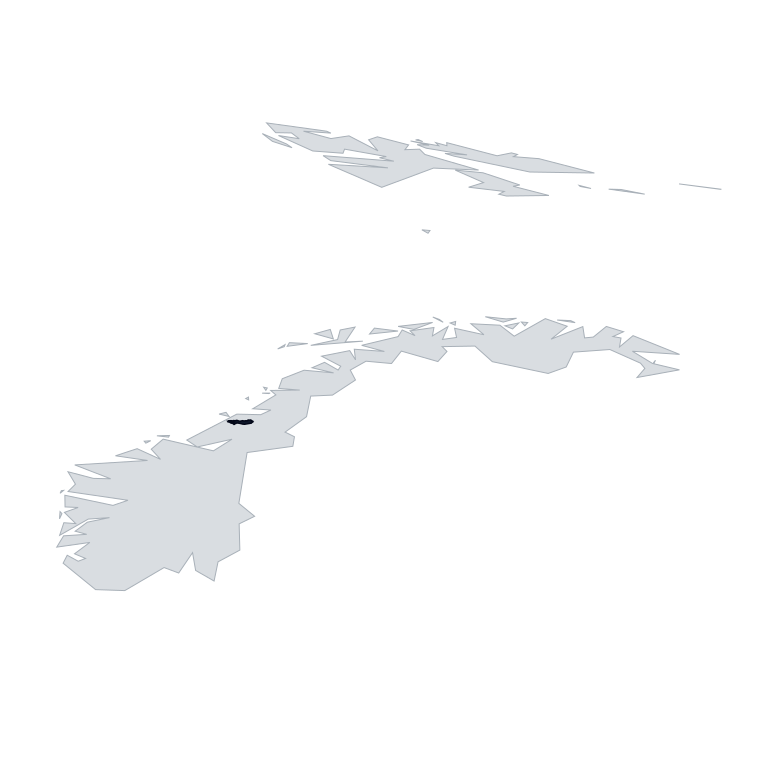 location of Fosnes nor, Nord-Trøndelag, Norway, rotated 9°
{"feature_id": "86288312B47983318016023", "entity_name": "Fosnes nor", "entity_type": "district", "adm_level": 2, "iso_a3": "NOR", "parent_name": "Norway", "parent_adm1": "Nord-Trøndelag", "projection": "equal_earth", "projection_center": [11.532, 64.704], "detail": "fine", "context": "in_parent", "style": "filled", "palette": "ink", "viewbox_px": 768, "rotation_deg": 9, "n_neighbors": 0, "source": "geoboundaries", "source_scale": "gbopen_adm2", "svg_char_len": 6818}
<svg xmlns="http://www.w3.org/2000/svg" viewBox="0 0 768 768"><g transform="rotate(9 384 384)"><path d="M467.9,332.3L435.6,338.0L441.1,342.0L433.7,353.4L396.0,348.8L388.2,362.6L362.7,364.3L348.5,375.5L355.2,384.5L334.9,403.0L313.5,407.4L312.6,428.4L293.8,447.0L303.8,450.1L303.7,459.8L259.5,473.1L259.3,524.6L276.9,534.9L262.8,544.8L267.6,570.6L247.9,585.6L247.0,605.2L227.1,597.6L221.3,580.5L210.8,602.8L195.5,599.7L160.3,628.6L131.3,632.2L95.1,611.2L97.9,602.7L109.7,606.9L116.5,603.0L104.9,600.1L118.2,586.5L86.3,596.3L91.3,584.1L113.9,579.0L102.0,577.7L112.6,566.9L133.8,558.9L113.0,563.7L87.3,584.2L89.5,571.1L101.4,570.1L88.4,560.8L101.2,553.8L88.2,555.3L86.2,543.8L135.3,546.3L149.3,538.9L88.8,539.6L94.9,531.2L85.6,520.1L111.6,522.7L128.9,520.4L91.2,512.3L162.4,496.5L130.0,496.9L150.3,486.5L175.1,493.4L164.3,484.8L174.5,473.0L226.0,476.7L242.5,462.3L209.4,475.4L198.0,470.2L243.3,436.8L267.0,433.6L276.4,427.4L258.2,429.0L278.9,411.7L273.1,408.1L301.7,403.2L280.7,404.8L282.7,394.7L302.9,382.9L332.5,380.9L310.4,379.2L321.9,371.9L336.5,377.4L338.5,373.2L318.0,366.3L344.9,356.4L352.1,364.6L349.2,354.3L379.3,351.8L355.9,349.3L390.5,335.0L393.5,327.8L407.1,331.4L401.4,327.4L424.5,320.4L424.3,328.9L438.3,317.2L434.8,330.8L448.4,326.7L445.0,317.9L475.0,319.7L460.4,310.9L489.3,307.8L505.1,316.4L533.1,294.2L555.9,298.3L542.0,313.6L571.4,296.2L574.9,307.1L583.4,304.9L594.6,292.4L612.4,294.9L602.7,301.3L610.9,301.5L610.8,310.6L622.4,297.3L671.3,308.5L624.2,312.8L646.0,321.7L673.6,323.8L632.9,338.0L639.2,327.8L634.1,323.3L601.7,314.6L566.1,322.9L561.3,338.7L544.5,347.9L487.5,345.0L467.9,332.3ZM338.8,140.9L370.9,144.0L368.0,149.3L382.4,146.5L388.5,150.9L444.0,157.9L399.1,163.0L351.0,190.1L294.7,175.7L354.1,169.9L296.5,171.7L288.1,168.0L358.9,162.4L344.1,161.2L350.7,159.0L308.3,158.2L307.4,162.5L277.2,165.0L240.9,155.1L261.9,155.0L253.3,150.5L237.7,152.7L227.2,144.5L287.7,143.3L292.3,144.5L264.9,146.9L293.2,149.9L310.6,144.4L341.6,154.7L330.6,145.2L338.8,140.9ZM408.2,135.8L460.0,140.9L473.7,135.8L479.9,136.4L476.3,139.2L501.8,137.2L558.8,142.7L494.9,151.8L417.4,148.0L408.1,146.7L430.2,144.7L388.8,144.5L379.2,142.4L391.2,141.1L372.2,139.8L400.8,140.1L397.3,137.5L408.9,138.8L408.2,135.8ZM448.7,159.9L487.0,166.2L480.5,168.5L517.4,172.0L475.5,179.2L467.7,178.6L472.6,175.0L436.8,176.4L450.8,169.5L420.9,161.6L448.7,159.9ZM339.0,348.6L356.4,345.0L305.6,357.3L331.2,347.4L332.3,337.5L346.5,332.3L339.0,348.6ZM365.8,330.3L389.6,329.5L361.9,336.9L365.8,330.3ZM388.9,324.9L422.4,315.6L405.0,325.4L388.9,324.9ZM224.6,155.7L250.2,162.2L256.2,165.0L235.9,161.8L224.6,155.7ZM322.4,338.5L326.9,347.4L307.8,345.2L322.4,338.5ZM504.7,298.3L492.1,304.2L473.5,301.7L494.6,300.6L504.7,298.3ZM507.6,302.6L502.4,309.5L494.4,307.6L507.6,302.6ZM284.1,358.0L302.4,356.0L282.5,361.9L284.1,358.0ZM685.4,139.1L644.1,140.2L686.8,138.9L685.4,139.1ZM587.7,154.8L611.8,155.7L575.4,156.4L587.7,154.8ZM545.0,293.7L558.5,292.2L563.2,293.5L545.0,293.7ZM516.3,300.8L514.0,304.5L510.0,301.3L516.3,300.8ZM445.0,311.0L445.1,314.8L439.8,313.4L445.0,311.0ZM405.4,225.2L403.9,228.2L397.3,225.8L405.4,225.2ZM557.9,158.5L546.8,158.2L545.6,157.3L557.9,158.5ZM232.4,436.7L236.1,440.3L225.8,439.5L232.4,436.7ZM421.7,310.2L428.7,311.6L432.8,313.8L421.7,310.2ZM379.5,137.2L384.3,138.5L377.0,138.0L379.5,137.2ZM179.5,470.2L167.8,470.7L180.1,468.4L179.5,470.2ZM162.5,476.5L158.0,479.7L156.1,478.0L162.5,476.5ZM279.6,362.8L273.5,366.0L280.1,360.6L279.6,362.8ZM86.2,562.4L84.6,567.9L84.0,560.7L86.2,562.4ZM268.3,408.8L265.6,406.0L269.3,406.2L268.3,408.8ZM648.4,318.1L647.5,321.2L646.9,320.7L648.4,318.1ZM271.6,411.5L265.0,412.1L273.0,410.8L271.6,411.5ZM252.2,418.1L252.8,420.9L249.7,420.0L252.2,418.1ZM84.2,539.2L81.2,542.6L82.0,539.8L84.2,539.2Z" fill="#d9dde1" stroke="#a8b0b8" stroke-width="1"/><path d="M244.4,442.9L244.0,443.0L243.7,443.2L243.6,443.3L243.0,443.4L242.8,443.5L242.0,443.6L241.8,443.7L241.6,443.7L241.3,443.6L241.2,443.7L241.3,443.7L241.4,443.8L241.6,443.9L241.7,444.0L241.8,443.9L241.9,444.0L242.1,444.1L241.9,444.2L241.8,444.3L241.7,444.3L241.4,444.5L241.5,444.5L241.4,444.5L241.2,444.6L241.1,444.4L240.9,444.3L240.9,444.5L240.7,444.7L240.8,444.7L240.8,444.9L240.8,445.0L241.1,445.2L241.2,445.3L241.3,445.3L241.5,445.3L241.4,445.3L241.5,445.3L241.4,445.3L241.5,445.4L241.4,445.4L241.1,445.4L241.1,445.5L241.3,445.8L241.8,445.9L241.7,446.0L241.8,446.1L242.1,446.1L242.0,446.3L242.2,446.5L242.4,446.5L242.5,446.6L242.9,446.8L243.0,446.7L243.5,446.3L244.0,446.1L244.3,445.8L244.3,445.7L244.6,445.6L244.9,445.5L247.0,445.4L248.4,445.5L248.5,445.5L250.2,445.6L250.3,445.7L252.5,445.6L259.1,443.4L259.3,443.0L259.9,442.4L260.0,442.3L259.8,442.1L260.3,441.8L260.2,441.7L259.8,441.6L259.1,441.4L259.3,441.2L259.6,441.3L259.8,441.2L259.0,440.9L258.6,440.6L258.2,440.6L257.9,440.4L257.3,440.7L256.3,440.7L255.3,440.9L255.2,441.1L255.3,441.3L254.9,441.7L254.6,441.8L253.1,441.9L252.9,442.0L252.6,442.2L251.1,442.4L249.8,442.4L248.5,443.0L248.0,443.1L247.9,443.2L247.9,443.3L247.2,443.3L246.8,443.3L246.7,443.3L244.4,442.9ZM239.3,444.1L239.1,444.1L238.9,444.2L238.7,444.2L238.6,444.3L238.1,444.3L237.9,444.3L237.4,444.4L236.8,444.5L236.5,444.6L236.4,444.7L236.0,444.7L235.9,444.7L235.7,444.8L235.9,444.8L236.2,444.8L236.4,444.8L236.6,444.7L236.8,444.7L236.8,444.8L236.4,444.8L236.1,444.9L235.8,444.9L235.5,445.0L235.9,445.0L236.0,445.0L235.9,445.1L236.2,445.0L236.5,445.1L236.3,445.2L236.2,445.2L235.9,445.3L235.7,445.3L235.8,445.3L235.6,445.3L235.8,445.3L236.1,445.5L235.8,445.4L235.9,445.5L235.7,445.5L235.8,445.5L235.7,445.5L235.8,445.6L236.0,445.6L236.5,445.6L236.8,445.6L237.0,445.7L237.0,445.8L237.0,445.7L236.9,445.8L237.2,445.8L237.3,445.8L237.3,445.7L237.5,445.6L237.8,445.6L238.0,445.6L237.9,445.6L238.1,445.8L238.1,446.0L238.6,446.3L238.7,446.2L238.6,446.3L238.9,446.4L238.9,446.5L238.9,446.4L239.0,446.4L239.0,446.5L239.4,446.6L239.5,446.5L239.5,446.4L239.6,446.2L239.8,446.2L240.0,446.0L239.9,446.0L239.9,445.8L239.8,445.7L240.0,445.7L239.9,445.6L240.0,445.6L239.9,445.5L240.0,445.5L240.1,445.3L240.2,445.2L240.3,445.0L240.3,444.9L240.2,444.9L240.2,444.6L240.2,444.4L239.9,444.4L239.8,444.5L239.7,444.5L239.5,444.4L239.2,444.4L238.8,444.5L238.8,444.4L239.0,444.4L239.3,444.4L239.6,444.2L239.3,444.2L239.3,444.1ZM242.8,446.9L242.7,446.8L242.5,446.7L242.3,446.7L242.2,446.7L241.9,446.4L241.5,446.1L241.4,446.1L241.1,446.0L241.2,445.9L240.9,445.9L241.0,445.9L241.1,446.0L240.8,446.0L241.0,446.2L241.1,446.3L241.3,446.3L241.2,446.3L241.0,446.2L240.9,446.2L241.0,446.3L240.9,446.3L240.8,446.1L240.6,446.1L240.7,445.9L240.8,445.8L240.6,445.8L240.6,445.7L240.4,445.5L240.2,445.5L240.3,445.7L240.3,445.8L240.3,446.0L240.5,446.2L240.6,446.3L240.4,446.5L240.7,446.6L240.8,446.6L241.1,446.7L241.1,446.8L241.6,447.0L241.8,447.1L242.0,447.3L242.3,447.1L242.6,447.2L242.8,446.9Z" fill="#0f172a" stroke="#020617" stroke-width="1.5"/></g></svg>